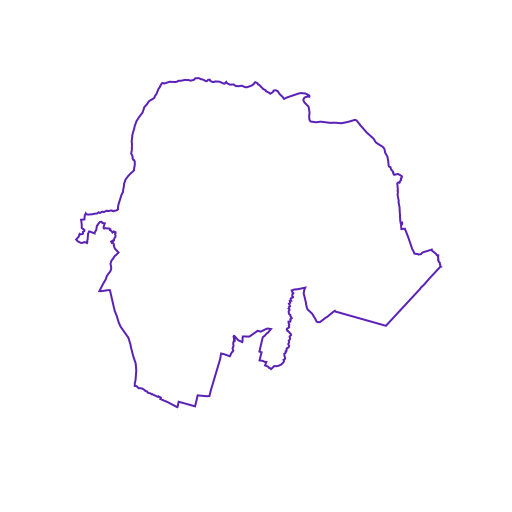 Grajduri, Iasi, Romania (orthographic projection), rotated 21°
{"feature_id": "2599482B71746313181948", "entity_name": "Grajduri", "entity_type": "district", "adm_level": 2, "iso_a3": "ROU", "parent_name": "Romania", "parent_adm1": "Iasi", "projection": "orthographic", "projection_center": [27.558, 46.975], "detail": "fine", "context": "isolated", "style": "outline", "palette": "violet", "viewbox_px": 512, "rotation_deg": 21, "n_neighbors": 0, "source": "geoboundaries", "source_scale": "gbopen_adm2", "svg_char_len": 6059}
<svg xmlns="http://www.w3.org/2000/svg" viewBox="0 0 512 512"><g transform="rotate(21 256 256)"><path d="M326.7,106.7L323.8,104.4L315.0,101.0L306.8,96.7L301.7,93.6L300.1,93.3L299.4,93.6L293.9,97.8L288.1,101.5L282.4,103.1L277.6,105.1L268.2,107.4L264.3,109.6L258.8,110.9L257.4,110.0L256.8,109.2L255.4,106.2L254.8,103.4L251.9,98.2L251.0,97.5L246.2,95.3L244.6,93.8L244.2,93.1L244.3,91.3L244.9,90.3L246.9,88.7L248.7,88.2L248.5,87.4L247.8,87.0L243.8,86.6L239.8,87.7L238.1,88.6L228.3,96.7L225.8,99.3L223.8,97.9L220.1,96.4L217.1,94.3L215.0,94.2L213.2,95.2L213.3,95.7L212.8,97.2L211.1,99.4L209.8,98.9L206.2,98.6L205.7,97.9L202.8,97.5L198.0,95.2L196.4,95.1L195.5,94.2L193.1,94.0L192.7,94.3L192.3,96.2L191.2,98.1L187.3,101.6L185.7,102.2L181.4,102.2L179.4,103.5L176.4,104.6L173.5,103.9L170.3,105.4L166.8,105.0L165.8,104.2L164.9,106.4L164.3,106.6L159.2,106.4L155.3,107.7L154.4,108.6L153.2,109.1L150.5,108.9L149.7,108.0L149.3,108.1L148.2,108.6L147.5,110.3L146.9,110.7L143.0,110.3L141.2,110.7L139.1,110.4L135.7,111.8L134.8,113.9L132.1,115.7L129.5,116.0L128.4,116.6L126.8,116.9L123.5,119.1L120.7,120.3L119.9,121.5L118.3,122.5L112.9,124.3L108.6,127.8L106.7,128.0L106.3,128.4L106.1,129.2L105.7,131.4L105.7,132.8L105.1,135.0L105.0,140.7L104.3,142.9L104.4,144.9L100.8,149.6L100.4,150.6L99.7,153.8L98.4,157.0L98.7,162.7L97.1,168.1L96.1,172.9L96.2,178.3L96.6,180.3L97.1,186.8L99.0,194.0L99.9,195.4L102.2,201.9L102.7,205.0L104.6,206.7L105.6,208.3L105.6,208.9L106.0,209.3L107.2,210.3L107.9,210.2L108.9,211.2L110.1,214.1L111.0,218.7L111.5,219.7L108.9,224.9L107.9,227.5L106.8,231.4L106.9,235.4L107.8,238.7L108.3,242.1L108.9,243.9L108.5,247.1L109.2,257.7L109.9,260.7L110.5,262.0L109.6,263.2L106.8,265.3L105.8,265.4L105.1,265.1L101.5,267.2L100.3,267.2L98.3,269.5L96.6,269.7L95.0,271.7L93.4,271.6L92.5,273.2L89.4,274.8L88.6,275.5L84.2,277.6L82.3,277.8L81.8,277.3L81.6,279.6L82.7,283.4L79.7,284.8L81.5,288.0L83.4,292.4L86.4,293.1L86.7,293.9L86.7,294.4L85.7,295.5L86.4,297.0L86.3,297.5L84.7,298.6L83.4,298.5L83.6,301.3L82.2,305.1L84.4,306.2L87.9,306.5L88.9,306.2L91.1,304.3L93.6,304.5L93.6,303.6L92.9,302.1L92.9,301.1L91.3,295.5L91.3,293.0L92.0,292.7L97.2,292.8L97.0,292.0L97.5,288.7L96.6,284.8L97.2,283.5L97.2,282.5L98.1,280.1L99.3,279.5L100.1,279.6L100.8,280.3L103.1,279.7L103.3,283.5L103.7,284.5L104.1,284.7L104.4,284.8L104.9,284.2L109.1,283.0L110.3,283.2L110.3,284.1L110.5,284.3L111.3,284.2L113.7,285.5L114.3,284.2L115.2,284.5L115.5,284.1L116.4,284.2L116.8,285.4L116.7,286.2L117.5,287.3L117.9,288.6L117.5,289.8L117.5,291.2L117.8,292.5L117.5,292.9L116.7,292.9L115.6,294.5L116.7,295.4L117.3,294.7L119.0,295.9L119.5,297.2L121.6,299.7L126.4,302.0L125.0,305.3L124.1,306.6L123.4,310.2L122.7,312.0L122.9,315.3L124.9,318.5L125.4,320.0L125.5,321.4L125.4,322.9L124.5,325.6L123.9,328.4L124.1,331.5L123.1,337.8L122.4,344.9L124.5,344.1L130.8,340.5L131.9,340.3L143.7,357.8L147.5,361.9L151.7,367.3L154.9,370.5L166.1,378.0L170.6,383.7L171.8,385.8L176.9,393.0L182.3,399.6L185.4,406.2L188.0,415.0L188.5,418.4L189.4,420.8L190.9,420.3L194.0,421.5L194.9,421.0L197.5,420.5L200.3,421.2L200.9,421.6L203.0,421.6L204.0,422.4L206.5,422.1L208.4,422.5L208.7,422.2L215.0,422.7L215.2,422.0L217.9,422.3L217.9,423.8L226.1,424.1L236.7,425.4L236.9,424.9L236.0,419.8L253.0,418.2L251.5,407.0L260.5,404.5L262.7,403.4L262.0,397.9L259.5,365.5L258.4,359.5L261.5,359.1L267.5,359.0L267.6,358.7L267.7,355.8L268.1,354.2L268.7,353.4L268.7,352.4L267.5,351.2L267.2,350.3L267.2,347.8L266.4,346.6L265.7,344.5L266.6,343.0L266.5,342.5L266.3,342.2L265.5,342.3L265.4,342.0L265.8,341.7L265.8,341.1L265.2,340.9L264.2,339.8L263.9,339.2L264.0,338.5L264.5,338.4L269.6,341.0L274.0,341.3L274.0,340.5L272.6,336.6L272.6,335.8L278.7,333.6L284.3,325.3L287.7,324.8L291.7,320.4L292.7,319.6L296.1,318.8L294.7,323.2L293.8,324.3L292.8,327.2L291.6,329.0L291.5,330.0L293.4,344.0L295.7,343.9L296.7,352.2L299.9,351.5L301.9,351.7L303.6,351.2L303.7,354.9L307.1,355.0L308.4,355.8L309.5,355.7L310.6,356.2L312.5,352.2L314.5,351.6L315.9,350.8L318.2,348.6L319.6,345.8L319.8,344.2L318.9,343.0L319.8,342.3L319.9,341.3L319.6,340.5L318.4,339.1L317.4,337.2L318.4,335.7L317.8,334.3L318.4,333.8L318.2,333.2L318.3,332.7L317.8,331.7L318.0,330.9L319.2,329.6L319.1,327.9L317.7,326.8L317.6,326.4L317.9,325.3L317.8,324.8L317.5,324.0L316.9,323.5L317.5,321.6L317.4,321.0L316.2,319.1L317.1,317.2L316.6,316.5L313.0,314.6L312.1,314.6L311.1,313.7L311.0,312.6L311.8,311.9L312.5,310.5L311.5,309.2L311.8,308.4L310.1,306.4L309.9,305.6L311.5,305.0L311.4,303.9L310.7,302.8L311.7,301.2L309.7,299.8L309.2,298.7L308.0,298.5L307.4,298.1L306.3,295.9L306.7,294.5L306.4,293.9L305.2,293.4L305.5,292.6L305.1,291.8L305.7,290.9L305.5,290.3L303.8,288.7L304.7,287.4L303.7,285.9L304.9,285.2L303.9,284.4L303.7,283.7L304.0,282.5L305.4,281.4L305.3,280.9L304.3,280.5L303.9,279.7L303.7,278.6L304.2,277.3L302.7,276.5L301.7,275.4L303.7,273.6L306.8,272.1L313.3,267.9L313.2,270.0L313.8,273.6L319.2,281.5L319.6,281.9L320.0,283.0L322.2,286.3L323.3,287.4L329.0,289.7L334.5,293.9L335.4,295.1L337.1,295.7L339.4,294.8L343.1,288.7L344.2,287.5L348.0,280.7L349.3,278.9L349.9,279.4L351.0,279.3L402.3,274.6L421.1,227.6L421.3,226.3L423.3,222.2L426.0,214.7L431.9,200.1L432.3,199.8L431.7,199.6L431.2,198.2L430.5,197.7L430.0,196.4L428.4,195.7L428.0,194.7L427.3,194.4L427.2,193.1L426.2,191.8L426.2,191.1L425.7,190.7L426.0,190.2L425.9,190.0L424.5,190.4L423.1,189.4L418.5,188.0L417.8,187.0L410.6,192.7L409.9,193.6L409.4,195.1L407.3,196.4L406.6,196.2L403.0,197.0L401.4,195.2L399.6,193.8L391.2,183.7L385.2,177.2L382.1,178.8L380.3,175.1L380.2,174.6L380.9,174.3L381.0,173.5L380.4,172.4L379.2,173.3L378.3,171.9L376.1,167.2L375.9,166.2L374.9,164.5L372.6,159.2L369.7,154.5L369.5,153.4L366.4,148.4L365.9,147.3L365.9,146.5L365.5,145.1L364.7,144.2L364.8,143.6L361.9,137.6L362.5,136.3L363.7,136.2L363.8,133.7L364.2,133.2L363.4,131.6L364.0,130.7L363.8,129.6L363.1,129.1L359.2,128.5L355.9,130.7L355.5,130.6L354.3,129.4L354.5,129.2L353.8,128.3L351.0,126.7L349.6,124.8L348.6,125.0L347.5,124.2L345.3,119.8L343.0,116.1L339.5,113.2L338.2,111.0L337.1,109.7L335.3,108.7L328.2,107.3L326.7,106.7Z" fill="none" stroke="#5b21b6" stroke-width="2"/></g></svg>